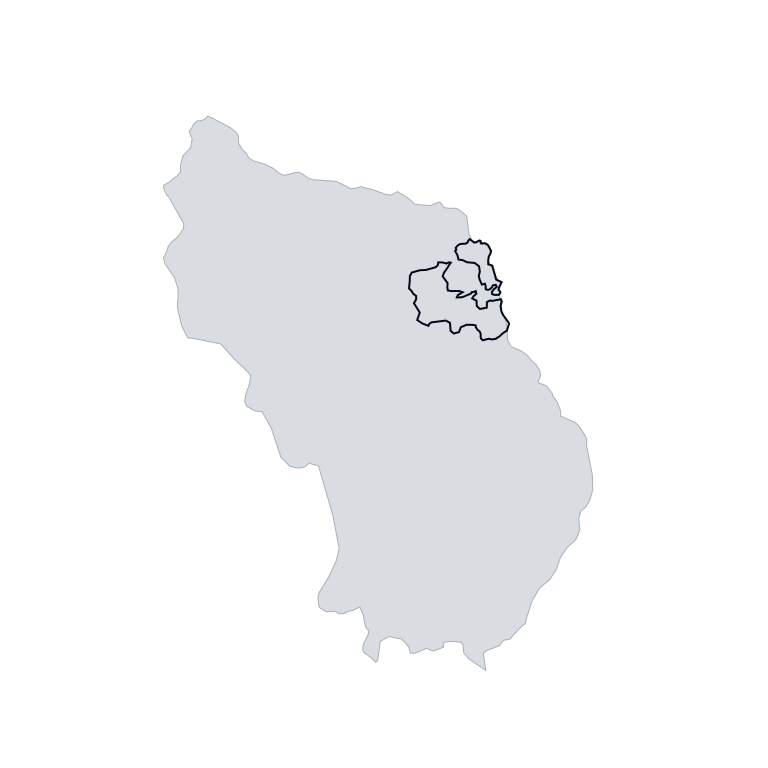 Hungary, with Csongrád highlighted, rotated 256°
{"feature_id": "HUN-3172", "entity_name": "Csongrád", "entity_type": "County", "adm_level": 1, "iso_a3": "HUN", "parent_name": "Hungary", "parent_adm1": "", "projection": "albers", "projection_center": [20.284, 46.456], "detail": "fine", "context": "in_parent", "style": "outline", "palette": "ink", "viewbox_px": 768, "rotation_deg": 256, "n_neighbors": 0, "source": "natural_earth", "source_scale": "10m", "svg_char_len": 4642}
<svg xmlns="http://www.w3.org/2000/svg" viewBox="0 0 768 768"><g transform="rotate(256 384 384)"><path d="M619.5,218.9L627.8,217.6L628.2,217.8L630.2,218.4L631.7,224.4L631.9,224.8L634.1,228.8L636.1,234.1L639.1,238.0L645.6,239.5L654.2,244.3L659.9,253.5L668.3,257.1L668.9,257.2L670.5,256.7L676.4,256.2L677.6,258.1L682.5,262.5L684.5,266.5L683.7,270.8L684.7,275.6L686.5,277.2L684.5,280.6L669.5,297.3L663.6,301.7L659.6,302.8L653.3,301.2L646.8,302.7L641.0,306.3L635.7,307.6L631.7,311.8L626.6,320.8L620.3,328.4L613.9,333.2L610.6,337.5L610.5,351.8L606.9,356.1L602.1,360.3L599.5,364.1L592.4,386.1L586.9,393.2L581.6,398.7L580.8,403.6L581.0,409.2L575.0,420.6L567.1,432.3L565.6,437.2L567.5,443.6L559.9,451.1L555.4,454.7L551.7,456.5L549.5,461.2L545.8,472.5L546.9,477.6L547.0,482.3L540.5,485.1L538.6,490.2L537.0,496.6L534.3,499.5L526.9,504.9L508.4,502.7L501.4,504.5L499.4,508.3L499.0,511.4L496.7,514.2L492.5,517.8L488.2,519.4L478.5,515.1L457.9,519.6L454.3,522.8L451.4,520.5L447.0,518.4L426.3,515.7L418.1,517.7L407.2,516.9L397.1,514.5L389.5,516.3L382.7,525.2L379.4,528.1L376.8,530.0L371.0,532.8L366.2,536.1L359.8,538.4L354.2,538.0L348.8,534.1L346.9,534.9L345.1,538.4L342.2,541.4L334.1,545.0L332.0,544.9L331.6,544.9L325.4,547.5L315.2,548.9L310.1,547.7L300.5,559.9L297.6,562.1L288.7,565.7L281.4,567.4L275.3,565.7L272.8,565.5L245.3,564.1L231.0,561.0L222.0,555.9L216.0,550.3L213.2,544.2L206.2,540.4L195.1,538.7L186.5,532.4L180.7,521.6L172.6,512.9L162.2,506.3L154.1,497.3L148.4,485.7L137.7,475.1L121.9,465.4L117.2,463.2L116.4,460.2L109.0,448.6L105.9,444.4L106.4,438.8L105.0,435.6L102.3,433.3L101.2,425.2L100.6,419.2L98.5,415.2L81.5,413.5L96.5,400.0L103.8,396.4L112.0,397.5L114.7,396.3L115.5,394.3L117.2,389.7L118.1,385.4L119.0,381.3L118.2,378.9L114.3,378.0L112.9,367.7L115.1,364.0L117.2,361.4L115.3,348.9L116.3,344.7L122.7,344.3L128.1,341.9L132.6,339.1L134.0,335.4L137.9,327.7L135.1,318.0L117.0,310.9L116.1,308.5L120.5,306.0L125.3,302.3L128.1,299.5L131.6,299.2L136.5,301.0L145.1,308.3L148.4,309.4L151.8,307.6L155.3,307.3L165.1,308.0L173.4,306.7L171.9,299.2L172.1,293.9L170.9,289.5L171.9,284.9L175.4,281.3L176.8,273.1L182.1,267.8L184.5,267.1L193.5,268.4L195.6,270.0L197.0,270.3L210.9,284.4L224.2,295.1L235.2,300.7L251.6,301.6L269.1,302.6L298.3,301.5L320.3,300.7L321.8,298.2L325.2,292.1L322.7,286.8L323.0,280.7L326.8,272.8L337.7,266.3L368.6,263.9L386.4,259.1L389.1,252.4L395.0,245.8L400.4,244.5L407.7,247.6L416.5,253.5L424.3,256.7L428.8,254.7L444.5,244.8L462.5,235.2L474.8,208.9L476.1,204.8L489.4,201.7L508.9,202.1L518.9,205.5L526.4,207.2L537.7,206.5L553.8,200.6L559.8,200.7L564.5,204.6L569.7,208.0L573.2,212.1L575.9,218.0L577.3,220.2L579.7,223.2L583.8,227.3L587.8,228.4L617.8,220.5L619.5,218.9Z" fill="#d9dde1" stroke="#a8b0b8" stroke-width="1"/><path d="M413.1,519.9L411.6,519.6L406.0,516.0L404.7,512.1L402.4,507.8L400.8,503.3L401.1,499.6L402.5,496.8L402.6,493.8L402.4,490.7L404.2,489.3L406.3,489.1L408.8,489.9L411.4,489.7L414.0,487.8L416.8,486.9L418.7,487.1L419.9,484.4L421.5,478.5L420.5,472.3L416.2,469.3L416.1,463.9L419.5,461.5L427.4,462.8L430.6,459.3L432.3,445.0L431.5,442.6L429.7,441.2L433.6,435.7L438.1,431.7L444.7,436.0L455.1,432.6L458.3,435.6L461.6,436.5L464.5,434.2L467.7,433.2L470.7,431.4L478.0,434.0L482.5,435.2L485.4,437.9L485.7,446.3L484.5,452.5L484.8,462.3L486.3,465.0L488.9,466.1L487.7,470.4L485.8,473.7L486.4,476.4L485.5,478.1L483.7,476.0L480.5,472.7L477.4,469.0L474.2,467.0L466.4,470.1L462.5,468.8L459.3,468.6L457.9,471.7L456.1,479.4L454.0,482.5L452.4,477.1L450.4,475.6L449.4,480.0L449.5,483.1L450.1,485.9L450.4,488.9L450.8,490.3L451.9,491.3L451.5,493.4L452.0,495.4L449.3,495.5L447.5,492.1L445.7,490.3L442.5,493.9L437.2,492.9L433.6,495.2L433.2,502.2L438.6,503.7L439.4,507.1L438.5,508.7L438.0,517.9L435.4,518.2L431.6,516.0L425.8,515.5L422.1,516.3L420.7,516.8L413.1,519.9ZM503.9,502.3L503.1,502.7L499.5,505.7L499.2,506.4L499.2,507.7L500.1,510.6L500.1,511.6L499.3,512.4L498.5,512.2L497.6,511.9L496.9,512.2L496.5,513.2L496.4,514.8L496.4,515.1L495.9,516.4L494.5,517.9L492.8,518.8L487.6,520.0L486.9,519.9L485.8,519.5L484.9,518.9L482.3,516.5L478.7,515.0L474.9,514.1L472.7,517.7L458.1,518.1L454.4,522.8L449.4,518.6L447.8,517.9L445.5,519.0L444.8,519.1L444.1,518.7L443.2,517.4L442.7,517.0L443.9,512.3L445.1,510.7L447.3,511.0L449.4,513.6L451.0,516.9L453.2,516.4L453.4,513.6L451.6,512.0L450.3,509.7L450.2,507.6L451.3,505.6L454.4,506.3L456.9,506.1L456.8,503.0L462.0,502.1L465.9,502.1L469.9,504.2L475.2,504.7L479.5,501.3L482.0,494.1L485.2,490.2L486.7,486.4L491.3,486.4L496.0,485.2L496.9,486.7L498.7,486.5L500.2,488.4L501.3,490.9L501.1,494.1L500.4,497.3L501.1,499.3L502.8,500.6L503.9,502.2L503.9,502.3Z" fill="none" stroke="#020617" stroke-width="2"/></g></svg>